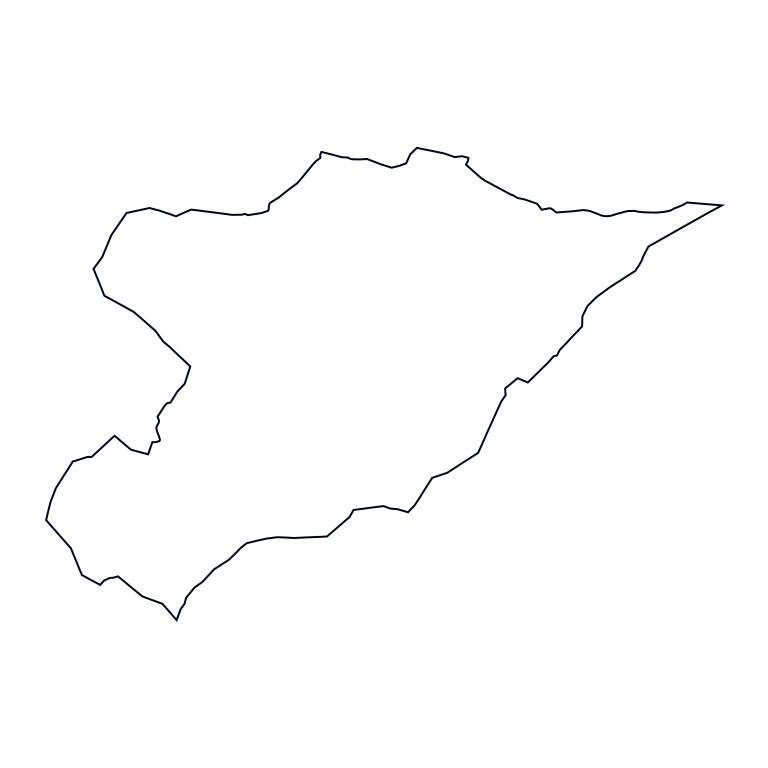 the district of San Simón de Guerrero, México, Mexico
{"feature_id": "50627088B53955228547607", "entity_name": "San Simón de Guerrero", "entity_type": "district", "adm_level": 2, "iso_a3": "MEX", "parent_name": "Mexico", "parent_adm1": "México", "projection": "mercator", "projection_center": [-100.037, 18.972], "detail": "fine", "context": "isolated", "style": "outline", "palette": "ink", "viewbox_px": 768, "rotation_deg": 0, "n_neighbors": 0, "source": "geoboundaries", "source_scale": "gbopen_adm2", "svg_char_len": 3796}
<svg xmlns="http://www.w3.org/2000/svg" viewBox="0 0 768 768"><path d="M609.8,287.3L616.1,283.2L622.5,279.1L628.8,275.0L635.2,270.9L639.3,264.9L642.1,259.8L642.9,257.0L645.7,251.7L648.5,246.5L676.4,230.7L704.3,215.0L721.9,205.4L686.9,202.5L684.1,204.3L681.2,205.7L677.6,207.2L674.3,208.4L671.1,210.3L668.0,211.1L664.6,211.8L660.7,212.2L656.0,212.6L650.1,212.5L642.9,212.2L637.4,211.6L634.7,210.8L631.9,211.0L628.5,211.0L624.8,211.7L620.8,212.9L617.8,213.6L614.1,214.8L610.3,215.9L606.8,216.2L603.6,216.0L601.1,215.4L598.0,214.1L594.6,212.8L590.9,211.4L588.5,210.7L585.1,210.3L583.8,210.0L578.5,210.6L571.4,211.4L564.1,211.9L556.5,212.5L552.5,209.5L551.3,208.7L549.8,208.2L541.6,209.7L537.2,203.8L530.7,201.5L524.4,199.4L517.6,198.0L512.7,195.1L512.0,195.2L504.2,191.0L498.4,187.9L496.6,186.9L494.7,185.9L492.2,184.6L488.9,182.7L487.8,182.2L487.3,181.9L485.4,180.9L484.1,180.2L482.6,178.7L481.6,178.5L475.5,173.1L466.0,164.6L468.1,160.7L468.4,157.9L462.2,156.2L454.8,157.1L444.0,153.4L437.2,152.0L430.5,150.6L423.7,149.3L416.9,147.9L410.3,154.2L406.2,163.3L399.4,165.8L391.7,167.7L380.9,164.3L373.1,161.3L367.0,159.0L360.3,159.4L353.3,159.3L350.5,158.9L348.1,157.6L341.7,157.2L332.8,154.8L321.4,151.9L320.1,155.0L320.4,157.9L317.0,160.3L315.5,161.6L312.9,164.4L307.9,170.5L303.7,175.6L299.1,181.2L296.9,183.5L291.2,187.7L286.7,191.1L278.5,197.7L273.9,200.5L269.8,203.1L268.9,205.8L268.7,209.2L268.1,210.8L265.5,211.7L261.6,213.0L256.1,213.9L247.9,215.2L245.3,213.9L241.9,214.7L232.3,214.9L224.7,213.9L217.3,212.9L206.1,211.5L198.7,210.5L191.2,209.6L183.6,212.9L176.0,216.3L169.2,213.9L159.0,210.5L149.5,208.0L138.1,210.5L126.5,213.0L119.4,223.3L115.0,229.8L111.3,235.2L106.8,246.1L102.2,257.1L99.0,261.5L93.5,268.9L97.6,278.8L101.9,289.4L104.3,295.7L110.9,299.3L117.4,302.9L124.0,306.5L133.8,312.0L141.1,318.3L146.9,323.4L155.6,331.0L159.9,337.0L163.1,341.4L170.2,347.4L176.3,353.3L180.9,357.6L187.2,363.5L190.3,366.5L188.1,373.3L184.7,383.8L177.4,391.5L170.5,402.6L169.7,402.8L168.0,402.9L167.0,403.4L166.3,403.9L165.8,404.4L164.6,405.9L162.2,409.5L161.0,411.3L159.0,414.6L157.6,416.2L157.6,416.7L158.3,418.7L158.8,420.0L159.0,421.1L158.9,421.9L158.7,422.7L157.2,425.5L156.3,427.6L156.5,428.9L156.8,430.6L157.6,432.9L158.5,435.1L159.9,439.2L159.9,440.3L159.2,441.2L158.2,441.4L156.3,442.0L152.9,442.3L152.4,442.1L148.1,454.3L139.5,452.0L131.0,449.7L122.0,442.1L114.6,435.7L109.2,440.7L103.9,445.6L97.2,451.8L91.7,456.9L87.3,457.0L80.0,459.3L72.7,461.6L69.0,467.6L65.2,473.5L59.5,482.4L55.8,488.3L53.8,493.5L52.0,498.2L50.7,501.5L49.2,507.1L47.1,515.9L46.1,520.1L54.0,529.1L59.8,535.7L67.5,544.4L70.9,548.3L73.6,554.9L76.4,561.6L79.1,568.3L81.9,575.0L91.5,580.3L100.2,584.9L103.9,580.7L109.6,578.0L113.3,577.7L118.0,576.4L123.4,580.8L128.8,585.3L134.3,589.8L142.5,596.5L152.5,600.2L162.5,603.9L169.6,612.0L176.6,620.1L180.8,608.9L182.5,606.7L184.7,603.4L186.1,597.8L191.6,591.1L194.3,587.7L202.5,581.9L208.6,575.3L214.0,569.4L222.5,563.9L228.9,559.8L234.6,554.2L240.8,547.9L246.7,543.2L257.5,540.6L266.5,538.6L277.3,537.2L285.1,537.5L294.0,538.0L304.4,537.5L311.7,537.2L319.3,536.9L327.0,536.5L332.9,531.4L338.9,526.2L345.7,520.3L349.6,517.0L353.5,510.0L361.0,509.0L368.5,508.0L376.0,507.0L383.6,506.1L390.1,508.5L397.5,509.2L404.9,511.3L408.0,512.3L414.6,505.4L418.6,499.3L422.5,493.1L428.3,483.9L432.3,477.8L439.7,475.3L447.2,472.8L456.5,466.8L462.6,462.8L468.8,458.9L478.1,452.9L481.0,446.5L483.9,440.1L486.7,433.6L489.6,427.2L492.5,420.8L495.4,414.4L501.2,401.6L505.6,395.2L505.1,388.5L511.3,383.4L517.6,378.2L527.8,382.5L534.4,376.0L537.8,372.7L540.4,370.1L547.8,362.9L553.6,356.3L557.0,355.4L559.7,350.0L566.9,342.5L571.5,337.5L577.0,331.8L582.1,326.4L582.4,316.3L586.3,308.4L587.8,305.7L592.7,300.8L596.6,297.0L603.2,292.2L609.8,287.3Z" fill="none" stroke="#020617" stroke-width="2"/></svg>